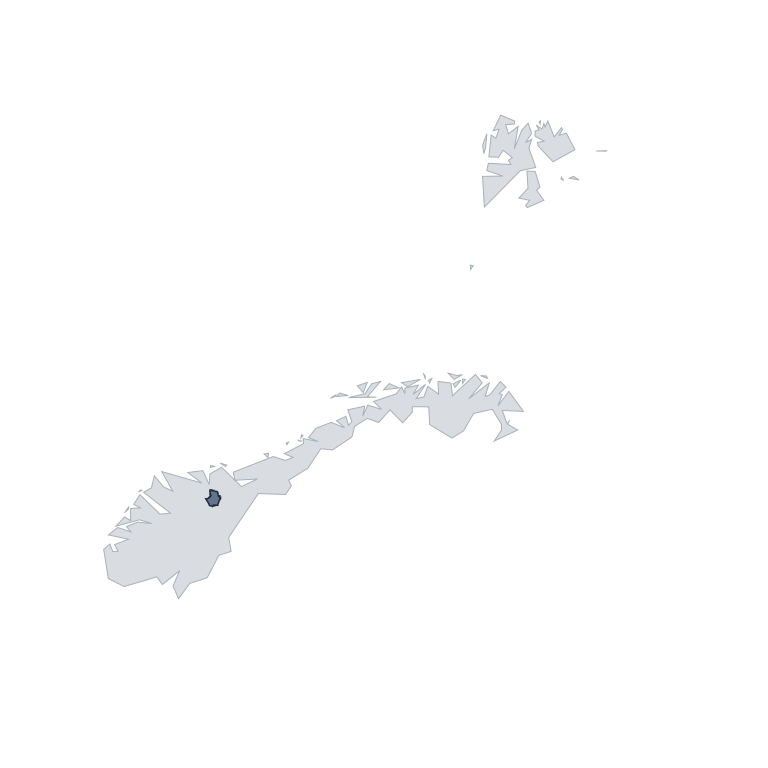 location of Oppdal nor, Sør-Trøndelag, Norway, rotated 36°
{"feature_id": "86288312B17793327792400", "entity_name": "Oppdal nor", "entity_type": "district", "adm_level": 2, "iso_a3": "NOR", "parent_name": "Norway", "parent_adm1": "Sør-Trøndelag", "projection": "orthographic", "projection_center": [9.674, 62.536], "detail": "fine", "context": "in_parent", "style": "filled", "palette": "slate", "viewbox_px": 768, "rotation_deg": 36, "n_neighbors": 0, "source": "geoboundaries", "source_scale": "gbopen_adm2", "svg_char_len": 5436}
<svg xmlns="http://www.w3.org/2000/svg" viewBox="0 0 768 768"><g transform="rotate(36 384 384)"><path d="M433.6,376.2L420.3,385.7L423.4,390.1L421.9,404.4L404.0,401.4L402.3,418.3L390.6,421.7L385.1,435.6L389.2,445.7L381.1,467.6L370.9,473.5L371.9,496.8L363.4,517.8L368.8,520.7L369.4,531.1L346.7,546.5L348.5,599.4L358.7,609.3L351.1,619.6L354.8,644.7L344.0,659.6L344.0,678.4L332.1,671.5L328.4,655.1L322.6,676.5L313.6,673.6L292.8,700.6L275.4,703.5L254.4,682.5L256.3,674.6L263.1,679.0L267.2,675.5L260.4,672.4L268.5,659.8L249.7,668.1L253.0,656.6L266.2,652.4L259.4,650.7L265.8,640.7L278.1,633.4L266.1,637.5L250.7,656.5L252.4,643.9L259.3,643.4L252.2,633.8L259.7,627.4L252.2,628.4L251.6,617.0L279.2,621.0L287.1,614.0L253.2,612.9L256.9,604.7L252.2,593.3L266.5,596.8L276.1,594.9L255.6,585.5L294.9,571.2L277.3,570.9L288.4,560.6L301.7,568.1L296.0,559.1L301.5,546.8L329.0,550.8L337.4,535.3L320.1,549.4L313.9,544.0L337.0,507.8L349.0,503.9L353.5,496.9L344.3,499.0L353.9,479.5L350.8,475.5L364.7,469.2L354.5,471.7L354.9,460.1L363.9,446.0L378.0,442.6L367.2,441.5L372.2,432.6L379.6,438.3L380.1,433.4L369.9,426.1L381.5,413.2L385.7,422.6L383.3,410.6L396.8,406.0L385.8,404.2L399.7,384.9L400.0,376.0L406.5,379.5L403.4,375.0L412.4,364.7L413.7,375.3L417.8,359.9L418.7,376.9L423.9,370.9L420.8,360.2L434.1,360.1L426.1,350.2L437.6,343.9L446.3,353.3L452.4,322.5L462.8,325.4L461.2,346.3L468.5,321.2L473.1,334.5L476.0,330.8L476.6,313.7L484.6,314.8L482.7,324.0L486.1,323.3L489.0,334.7L489.4,316.6L512.9,324.2L495.2,335.9L507.1,343.9L519.2,342.6L506.7,365.4L506.2,352.2L502.6,347.5L486.4,340.8L473.8,355.2L475.9,375.0L470.8,387.8L444.8,389.9L433.6,376.2ZM347.3,88.4L356.0,94.2L356.7,105.4L359.6,99.1L362.5,108.0L379.4,119.6L368.9,131.3L361.2,181.9L341.7,158.1L358.0,145.9L341.7,150.9L338.7,144.1L357.7,131.8L353.3,129.9L354.6,125.4L343.0,124.9L343.4,133.2L335.3,138.6L324.4,119.6L330.0,119.4L327.4,110.3L323.5,114.8L320.3,97.9L335.2,94.5L336.6,97.1L330.0,102.7L337.6,108.5L341.1,96.7L351.2,117.2L346.3,97.8L347.3,88.4ZM362.0,74.9L376.4,84.1L377.0,72.3L378.8,73.2L379.4,79.7L384.2,73.9L400.7,82.2L390.1,104.9L368.8,100.8L366.1,98.5L370.8,93.4L360.5,94.7L357.5,90.5L360.0,87.2L355.0,85.0L361.9,84.8L360.2,79.2L363.3,81.5L362.0,74.9ZM381.4,123.2L394.4,133.0L393.5,137.6L405.4,141.5L396.2,157.1L393.7,156.4L393.8,149.8L383.8,154.3L385.5,141.1L374.5,127.7L381.4,123.2ZM378.0,404.2L385.6,399.1L363.3,415.9L374.3,403.0L373.9,391.0L379.7,383.9L378.0,404.2ZM388.0,380.6L398.5,378.3L387.1,388.9L388.0,380.6ZM397.5,372.6L410.7,358.9L404.7,372.3L397.5,372.6ZM320.1,121.0L327.5,133.5L329.3,139.0L323.5,132.9L320.1,121.0ZM369.5,392.6L372.3,403.2L363.4,401.2L369.5,392.6ZM441.8,330.4L438.0,339.1L429.6,337.5L438.2,334.2L441.8,330.4ZM444.0,335.6L443.5,344.9L439.7,343.2L444.0,335.6ZM353.4,417.3L361.8,414.4L352.9,422.0L353.4,417.3ZM426.8,65.1L418.6,70.9L426.9,64.5L426.8,65.1ZM415.3,104.6L421.9,104.3L413.1,108.5L415.3,104.6ZM457.1,320.6L462.1,317.3L464.4,318.6L457.1,320.6ZM447.2,332.6L447.2,337.5L444.7,333.8L447.2,332.6ZM419.5,351.5L420.3,356.3L417.7,354.9L419.5,351.5ZM386.6,235.8L386.7,240.4L383.9,237.1L386.6,235.8ZM409.8,113.8L406.7,114.0L405.9,112.4L409.8,113.8ZM331.4,507.9L333.4,511.8L328.1,511.0L331.4,507.9ZM409.5,352.1L412.7,353.4L414.8,355.9L409.5,352.1ZM355.9,79.0L357.5,81.9L355.6,81.0L355.9,79.0ZM304.2,544.0L297.9,544.3L304.5,542.0L304.2,544.0ZM295.1,550.4L292.7,553.6L291.7,551.9L295.1,550.4ZM351.6,423.2L348.8,427.1L351.7,420.6L351.6,423.2ZM250.8,635.3L249.7,640.6L249.7,633.6L250.8,635.3ZM348.5,476.5L347.1,473.3L348.9,473.5L348.5,476.5ZM506.9,339.2L507.5,343.1L507.1,342.5L506.9,339.2ZM350.3,479.4L347.0,480.2L350.9,478.6L350.3,479.4ZM340.9,487.1L341.3,490.2L339.6,489.2L340.9,487.1ZM250.6,612.4L248.8,615.5L249.3,612.9L250.6,612.4Z" fill="#d9dde1" stroke="#a8b0b8" stroke-width="1"/><path d="M320.8,580.0L320.0,577.9L320.0,577.6L319.8,577.1L319.6,576.4L319.5,576.0L319.4,575.6L319.3,575.2L319.2,574.7L319.1,574.2L319.3,573.5L318.6,573.0L318.7,572.9L318.7,572.7L318.8,572.5L318.7,572.5L318.7,572.4L318.4,572.3L318.4,572.2L318.3,571.9L318.2,571.8L318.2,571.7L318.0,571.8L317.9,571.8L317.7,571.8L317.4,571.9L317.3,572.0L317.2,571.9L317.3,571.9L317.2,571.9L316.9,571.8L316.9,571.7L316.7,571.5L316.7,571.4L316.6,571.5L316.5,571.4L316.4,571.3L316.1,571.5L316.0,571.8L315.9,571.8L315.9,572.0L315.1,571.4L314.6,570.8L314.5,570.7L314.4,570.7L314.2,570.5L314.2,570.4L314.0,570.2L313.9,570.2L313.8,569.8L313.5,569.7L313.3,569.4L312.0,569.1L311.3,569.7L308.5,570.7L308.4,570.8L308.4,570.7L308.3,570.8L308.2,570.8L307.9,570.8L307.8,570.7L307.7,570.7L307.4,570.9L307.3,571.0L306.4,571.1L305.5,572.0L306.3,573.4L306.7,573.3L307.3,574.1L307.6,574.4L308.0,575.0L308.2,575.6L308.3,575.6L308.4,575.8L308.5,575.8L308.4,575.8L308.5,575.9L308.8,575.9L309.0,575.8L309.1,576.0L309.4,575.9L309.4,576.0L309.5,576.0L309.6,576.3L309.7,576.5L309.6,576.8L309.6,577.0L309.5,576.9L309.4,577.1L309.4,577.3L309.2,577.4L309.2,577.5L309.3,577.6L309.3,577.8L309.2,578.0L309.1,578.6L308.9,579.2L309.1,579.5L308.9,580.1L308.3,580.9L307.9,581.3L307.3,581.6L307.7,581.8L309.3,582.4L309.4,582.5L311.2,583.2L312.8,583.9L313.2,584.3L313.6,584.5L314.3,584.9L314.7,584.7L314.8,584.7L315.5,584.3L315.9,584.2L316.9,584.0L317.0,584.0L317.0,583.9L317.2,583.7L317.3,583.7L317.4,583.4L317.5,583.2L317.4,583.2L317.4,582.9L317.5,582.8L317.6,582.7L317.4,582.5L317.2,582.5L317.2,582.4L317.4,581.9L318.2,582.4L318.7,582.1L318.9,581.4L318.9,580.9L320.8,580.0Z" fill="#64748b" stroke="#1e293b" stroke-width="1.5"/></g></svg>